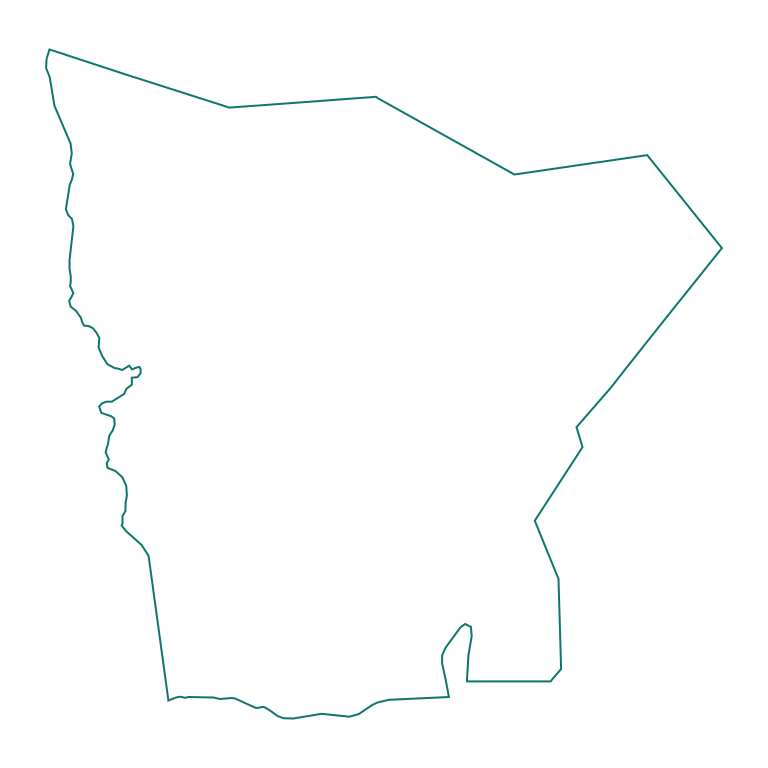 an SVG outline of Hodh el Gharbi
{"feature_id": "MRT-2797", "entity_name": "Hodh el Gharbi", "entity_type": "Region", "adm_level": 1, "iso_a3": "MRT", "parent_name": "Mauritania", "parent_adm1": "", "projection": "natural_earth1", "projection_center": [-10.311, 16.544], "detail": "fine", "context": "isolated", "style": "outline", "palette": "teal", "viewbox_px": 768, "rotation_deg": 0, "n_neighbors": 0, "source": "natural_earth", "source_scale": "10m", "svg_char_len": 1742}
<svg xmlns="http://www.w3.org/2000/svg" viewBox="0 0 768 768"><path d="M550.5,681.4L546.8,681.4L517.2,681.4L508.8,681.4L466.9,681.4L468.4,655.5L471.7,636.1L470.9,626.9L465.1,624.0L460.4,627.4L445.7,647.5L442.2,655.1L442.1,663.3L446.0,681.3L448.9,697.0L388.9,699.8L377.2,702.6L372.4,704.9L358.7,714.1L349.4,716.7L321.5,713.8L293.4,718.5L283.5,718.2L277.9,716.2L269.1,709.9L264.2,707.1L262.3,707.0L257.9,707.9L255.8,707.9L235.1,698.5L231.7,698.0L220.1,699.0L213.4,697.5L188.8,697.0L185.1,697.8L180.4,696.7L176.4,697.4L168.4,700.5L168.4,700.4L148.6,555.9L141.7,545.1L126.4,531.4L121.6,525.6L122.5,523.8L122.5,515.9L125.4,511.1L125.6,503.1L126.9,495.4L126.2,485.8L122.4,477.3L115.7,471.2L107.6,467.9L106.7,463.3L108.8,459.3L105.7,452.7L106.5,448.4L108.0,444.3L109.1,436.4L110.7,433.3L112.7,430.6L114.7,424.5L114.2,418.4L111.2,416.3L101.4,412.9L99.1,406.5L102.4,403.1L106.7,401.7L111.7,401.7L124.2,393.9L126.4,388.8L131.8,384.8L131.9,377.7L137.5,377.2L140.6,373.2L140.7,369.6L139.4,366.9L135.9,367.8L132.0,369.4L129.2,365.7L122.2,370.0L118.3,368.7L114.4,368.0L107.3,364.1L102.2,356.0L98.6,347.5L99.3,337.9L96.7,333.1L93.0,328.3L88.5,326.0L84.0,325.6L82.1,322.0L80.9,317.7L75.8,310.6L70.7,306.7L69.1,300.7L71.5,297.0L73.3,292.9L70.1,286.1L70.8,281.0L70.7,276.1L69.5,268.4L69.5,260.5L73.4,226.3L72.0,219.1L68.0,214.8L65.9,209.0L69.8,184.7L71.9,179.5L73.2,174.1L70.0,163.8L71.8,153.6L70.6,143.6L54.5,105.9L49.7,77.2L46.1,68.0L46.6,58.7L49.5,49.5L126.4,74.7L229.4,107.6L376.2,96.8L378.1,98.4L514.4,174.5L647.2,155.1L680.6,196.7L721.9,248.1L666.9,316.8L626.4,367.8L611.0,387.5L576.5,427.2L582.5,447.1L534.8,520.7L544.9,545.6L558.5,578.9L561.1,669.0L552.4,679.1L551.1,680.9L550.6,681.4L550.5,681.4Z" fill="none" stroke="#0f766e" stroke-width="2"/></svg>